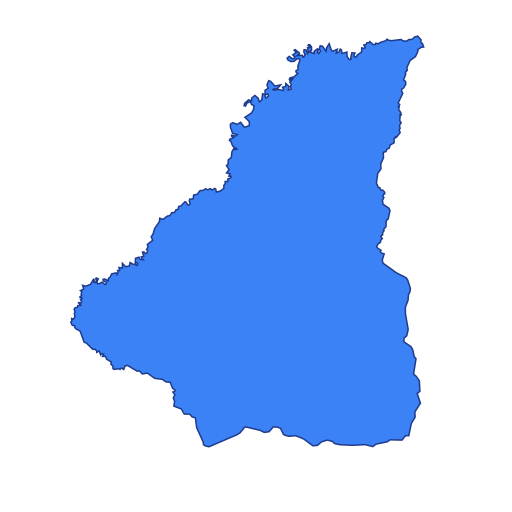 Chigorodó, Antioquia, Colombia, rotated 83°
{"feature_id": "7082276B26986898364485", "entity_name": "Chigorodó", "entity_type": "district", "adm_level": 2, "iso_a3": "COL", "parent_name": "Colombia", "parent_adm1": "Antioquia", "projection": "albers", "projection_center": [-76.703, 7.613], "detail": "fine", "context": "isolated", "style": "filled", "palette": "blue", "viewbox_px": 512, "rotation_deg": 83, "n_neighbors": 0, "source": "geoboundaries", "source_scale": "gbopen_adm2", "svg_char_len": 5977}
<svg xmlns="http://www.w3.org/2000/svg" viewBox="0 0 512 512"><g transform="rotate(83 256 256)"><path d="M453.0,126.3L441.1,122.2L435.3,117.7L430.1,117.3L422.1,110.7L412.1,112.8L410.3,109.8L399.8,109.1L395.0,111.6L392.4,114.0L377.5,109.7L375.2,111.2L367.9,111.9L364.9,113.2L359.1,119.7L355.6,119.0L353.5,116.1L347.5,113.9L331.5,114.7L325.1,114.0L318.5,110.5L313.1,109.4L310.4,107.6L307.1,106.7L298.6,108.3L295.9,109.6L289.7,118.8L278.5,130.9L275.2,131.1L269.5,128.5L268.3,131.3L267.0,132.1L265.5,131.2L263.2,134.2L261.2,135.2L258.6,133.0L257.7,130.9L255.6,130.3L254.1,128.5L251.7,129.8L250.2,127.6L248.7,127.7L246.4,125.8L245.2,126.1L242.7,123.4L236.7,122.4L235.4,120.3L227.3,117.5L224.8,118.2L220.1,123.6L216.2,123.7L213.4,121.9L212.4,122.9L210.4,122.0L210.0,120.7L208.4,120.5L206.1,122.2L205.7,124.1L203.2,124.8L203.0,126.2L198.3,127.6L188.9,125.1L184.7,121.3L179.9,121.0L174.1,117.5L168.6,117.0L168.2,114.3L165.9,113.0L165.1,110.5L162.3,109.5L160.5,105.2L156.0,104.5L155.6,102.9L154.7,102.9L155.1,102.0L151.2,97.9L148.0,98.5L146.9,97.4L143.9,97.7L141.4,95.7L139.3,96.8L135.0,96.0L133.4,94.7L133.3,95.8L131.6,94.7L127.8,96.6L125.4,95.6L124.9,96.5L123.4,94.9L121.4,96.2L112.4,90.5L110.1,91.5L108.0,90.8L107.4,89.2L103.8,86.4L101.0,86.3L99.2,88.1L93.9,85.3L91.9,85.3L90.2,83.2L87.4,83.3L80.7,79.2L77.5,73.4L72.5,70.3L70.9,70.4L69.0,66.5L69.0,64.1L65.4,64.9L63.9,66.4L61.6,65.8L57.5,68.7L57.9,71.9L60.0,74.5L59.8,78.1L61.1,80.1L60.5,83.6L58.8,85.7L58.8,95.2L57.9,98.5L56.7,99.5L58.1,101.0L59.3,107.1L60.3,108.1L59.4,111.3L60.7,111.8L60.3,114.2L57.0,116.9L58.1,118.0L57.9,120.0L59.6,121.1L59.7,123.2L62.6,122.3L63.2,123.4L62.3,125.7L66.3,126.3L69.1,131.2L71.1,132.7L69.8,134.5L66.5,133.1L66.0,136.1L70.9,137.8L72.3,137.5L72.4,139.6L68.9,141.3L64.7,140.9L65.4,146.1L61.9,146.0L60.9,147.2L63.6,148.8L64.4,151.6L60.7,150.1L62.0,154.7L61.5,156.0L54.2,157.5L57.9,160.5L61.3,161.4L55.9,164.4L55.2,166.7L58.3,167.9L60.6,167.0L62.8,169.3L61.3,170.2L59.0,169.0L57.8,169.7L59.9,173.3L62.1,173.4L60.4,177.5L59.4,177.8L59.0,175.9L55.5,175.4L53.1,176.6L52.6,178.0L53.4,178.7L55.7,176.4L55.6,179.5L60.2,179.2L61.5,180.3L57.6,181.2L57.1,183.1L59.2,183.7L62.3,182.8L64.4,184.4L64.4,185.1L62.4,185.6L62.2,190.9L60.9,188.5L59.8,188.2L55.9,192.0L56.4,193.1L58.7,191.1L60.8,195.0L63.0,193.3L64.5,193.6L64.5,196.0L61.9,198.7L63.4,201.0L65.3,200.5L67.2,197.8L67.5,194.7L65.0,190.5L65.9,188.8L67.1,188.7L72.9,191.4L75.7,191.3L77.2,193.9L78.7,193.7L80.0,192.2L82.9,196.8L83.2,200.2L84.6,201.4L85.6,201.1L83.9,199.2L84.7,197.7L87.5,201.2L90.3,200.0L91.9,201.1L94.6,200.7L95.2,203.8L91.7,202.5L88.4,205.4L91.3,205.9L91.7,209.1L94.0,208.3L95.0,208.9L93.5,213.3L93.5,218.5L92.8,218.9L92.4,218.0L92.6,214.4L89.1,210.7L89.7,216.5L84.4,220.2L83.5,222.0L87.6,224.3L91.0,223.4L92.7,226.9L97.3,227.2L96.5,224.4L98.8,224.1L100.4,227.0L96.4,228.2L95.8,229.7L101.9,231.3L103.4,233.8L99.7,234.6L96.5,237.5L98.6,240.9L101.5,241.5L100.1,244.4L103.1,248.7L105.4,249.5L105.9,248.2L103.0,246.2L102.2,242.8L105.2,241.9L106.4,239.7L110.3,240.6L113.4,242.9L117.0,250.1L121.8,246.3L125.6,246.7L127.0,251.6L121.4,255.0L123.0,258.5L120.9,262.9L122.0,265.3L125.0,265.7L131.3,264.3L133.3,259.8L134.5,261.8L133.0,265.4L134.0,265.7L135.8,263.7L136.9,267.8L138.0,268.3L139.4,266.9L144.0,265.8L147.6,261.8L148.0,263.6L146.6,264.9L149.6,267.2L155.2,268.5L157.3,271.9L161.3,272.4L162.7,274.3L166.9,272.2L170.0,275.1L171.3,271.8L173.4,273.2L173.6,271.3L174.4,270.9L175.9,272.8L176.0,274.5L178.7,275.0L178.2,277.5L180.3,277.7L182.1,279.4L184.8,279.6L187.2,283.5L187.7,287.6L184.6,287.8L183.9,288.7L185.1,291.4L183.6,293.2L184.4,295.8L183.1,297.9L184.4,300.3L184.3,303.6L187.6,306.9L187.9,310.5L191.7,311.4L191.5,314.9L192.9,315.5L196.0,315.0L197.2,316.1L197.0,317.5L194.0,318.9L193.5,320.0L197.1,324.3L197.5,326.8L200.1,327.6L200.5,329.9L202.8,331.4L202.8,334.3L205.4,336.5L205.6,339.3L208.3,343.7L206.8,347.0L210.0,347.6L216.5,353.3L222.0,355.7L224.1,357.7L227.8,356.6L231.3,362.5L234.1,362.1L236.2,363.9L237.5,362.9L240.0,364.1L240.3,365.2L238.3,366.7L238.3,368.2L242.5,367.4L243.0,370.1L246.0,368.4L245.0,371.7L242.9,372.3L243.6,375.9L247.5,376.6L248.7,374.3L250.8,374.9L250.6,376.1L249.1,376.6L249.4,378.9L247.1,381.7L250.5,383.0L250.7,386.7L247.0,389.5L251.8,390.1L250.7,393.4L253.7,393.1L253.6,395.1L254.8,394.6L257.6,396.2L255.7,396.9L256.1,401.4L259.1,403.3L260.3,405.2L262.6,405.6L260.3,409.1L260.5,410.6L262.0,410.6L264.0,407.5L265.8,408.3L265.8,409.5L263.2,411.8L264.4,415.1L264.0,416.9L261.7,416.8L259.5,415.3L258.3,417.2L258.7,417.8L261.2,417.3L262.9,419.0L262.3,420.2L260.2,419.4L259.3,420.1L264.0,423.8L265.2,428.7L264.0,431.7L267.7,431.0L269.0,434.4L269.8,433.3L272.7,434.2L273.8,433.7L275.2,435.8L276.4,433.8L277.4,434.1L277.5,435.5L280.0,434.7L281.6,435.8L280.3,438.3L283.6,435.9L283.5,438.9L285.1,439.4L285.4,442.0L286.9,443.0L289.7,442.4L291.1,443.4L294.0,443.1L296.5,444.8L295.6,446.6L298.0,446.7L299.3,447.9L302.4,446.8L303.1,444.4L304.6,444.7L306.1,443.8L309.2,439.7L320.6,437.1L321.8,434.9L328.7,429.5L329.0,427.0L331.0,425.6L332.2,425.8L331.1,423.3L335.2,422.2L334.2,421.4L334.7,419.1L336.9,420.6L337.3,417.5L340.2,416.9L343.5,412.6L345.6,413.2L347.9,411.4L350.2,411.7L351.2,410.9L351.2,406.0L352.0,404.9L350.8,403.2L352.5,401.1L349.3,399.6L348.9,397.0L355.8,388.0L355.9,385.6L359.2,383.2L359.0,378.1L365.1,371.4L367.0,364.0L370.0,360.7L370.8,356.6L376.9,355.0L379.3,352.6L380.4,353.2L380.9,355.1L383.9,353.4L386.7,355.4L390.3,354.5L395.0,355.8L398.8,348.7L404.1,346.5L404.9,341.1L407.9,339.0L409.2,335.9L419.3,335.8L434.1,331.1L436.8,331.1L438.3,329.5L439.6,325.9L431.1,296.7L429.5,293.3L424.5,288.1L424.7,286.1L429.6,273.1L432.1,269.3L432.0,264.4L427.7,259.7L428.5,255.6L430.0,252.7L436.4,250.5L437.5,249.0L439.0,245.2L439.1,239.1L441.0,235.1L443.5,230.9L451.3,222.7L451.5,218.1L448.4,213.6L447.4,207.5L449.3,202.9L451.8,200.7L453.5,195.9L455.7,182.8L456.5,170.7L459.4,163.3L457.4,159.9L456.4,148.3L454.8,145.3L456.5,133.5L452.5,129.4L453.0,126.3Z" fill="#3b82f6" stroke="#1e3a8a" stroke-width="1.5"/></g></svg>